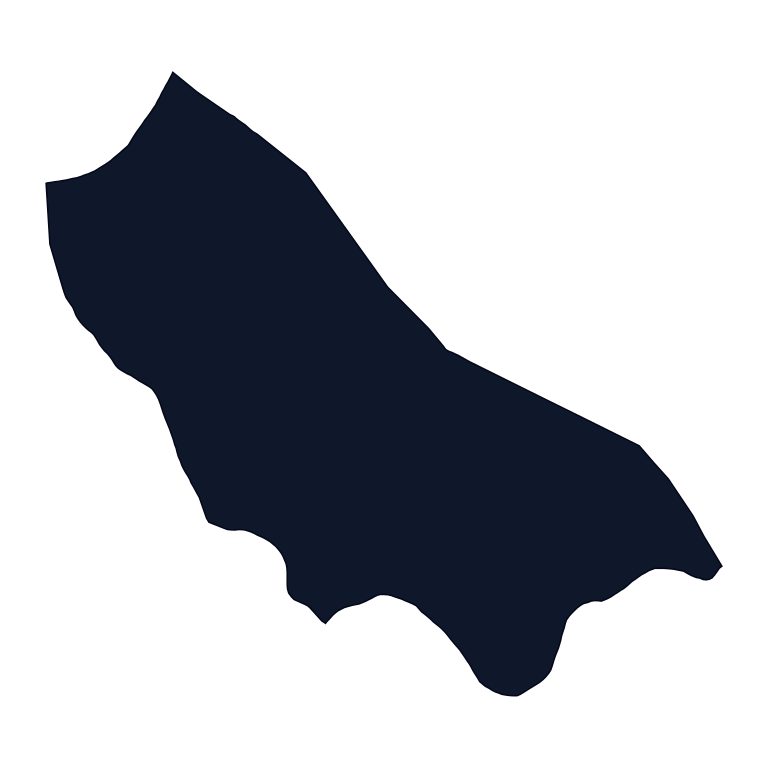 outline of Al Hasayn, Al Dali', Yemen
{"feature_id": "15242507B64520709980870", "entity_name": "Al Hasayn", "entity_type": "district", "adm_level": 2, "iso_a3": "YEM", "parent_name": "Yemen", "parent_adm1": "Al Dali'", "projection": "equal_earth", "projection_center": [44.813, 13.79], "detail": "fine", "context": "isolated", "style": "filled", "palette": "ink", "viewbox_px": 768, "rotation_deg": 0, "n_neighbors": 0, "source": "geoboundaries", "source_scale": "gbopen_adm2", "svg_char_len": 3903}
<svg xmlns="http://www.w3.org/2000/svg" viewBox="0 0 768 768"><path d="M721.9,566.2L703.9,536.3L693.0,515.8L668.4,479.0L653.5,462.4L639.2,445.8L584.2,418.5L548.7,401.0L469.5,361.7L458.1,355.3L455.2,354.0L452.1,352.5L448.9,351.4L445.8,349.6L445.4,349.1L443.4,346.3L428.6,328.5L410.3,310.0L387.7,287.2L305.8,172.8L257.1,134.1L253.1,131.8L250.3,129.6L247.8,127.3L245.0,124.8L242.3,123.0L239.1,120.8L236.1,118.5L234.2,116.6L229.6,114.4L204.5,97.2L196.6,91.7L172.8,72.3L171.5,75.2L169.6,78.8L167.8,82.3L165.9,85.4L164.0,89.2L161.8,92.9L160.0,96.9L157.4,101.4L155.7,105.0L153.5,108.1L151.5,111.2L149.4,114.2L147.1,117.4L144.7,120.4L142.8,123.4L140.6,126.5L138.2,129.8L136.0,132.9L133.3,137.1L131.0,140.9L128.4,145.3L125.9,147.6L122.6,150.4L120.0,152.8L116.8,155.5L113.8,157.9L110.9,160.6L107.8,162.8L105.1,164.6L100.8,167.2L98.0,169.0L94.6,171.1L91.5,172.4L88.5,173.8L84.9,174.9L81.2,176.4L76.5,177.9L73.2,178.4L69.8,179.2L66.0,180.1L61.9,180.7L58.8,181.3L54.6,181.8L51.2,182.4L47.4,182.9L46.1,183.3L49.9,244.2L62.9,288.4L64.4,293.1L66.0,297.4L68.1,300.6L70.4,303.9L72.8,307.3L74.4,311.0L75.9,315.0L77.7,318.2L80.4,322.0L82.9,324.9L85.9,327.9L88.6,330.3L91.2,332.2L93.7,334.6L95.7,337.7L97.8,341.2L99.6,344.5L102.2,347.9L104.5,350.8L107.4,353.5L109.6,356.2L111.9,359.3L113.8,362.5L115.8,365.6L118.4,368.3L121.3,370.3L124.4,372.1L127.7,374.0L130.8,375.3L133.5,377.1L136.3,378.9L139.5,381.1L142.7,382.8L145.5,384.5L148.8,386.4L151.9,388.6L154.1,391.4L156.6,395.2L158.6,399.2L160.5,404.3L161.8,408.3L163.1,412.4L165.1,417.9L167.3,423.3L169.5,428.7L171.0,433.0L172.4,436.8L173.7,440.7L174.7,444.5L176.2,448.4L177.2,452.6L178.5,456.9L180.5,461.3L181.7,464.9L183.5,468.7L185.5,472.3L187.7,475.7L189.6,479.0L191.1,482.8L193.1,486.1L195.0,489.6L197.0,493.3L199.3,497.4L206.5,518.1L209.0,522.3L224.5,528.4L227.5,529.5L231.5,529.9L234.8,530.0L238.1,529.6L241.3,529.6L244.6,529.9L247.6,530.8L250.9,531.9L254.5,533.5L257.4,535.1L260.4,536.4L263.5,537.8L266.7,539.6L270.2,541.7L272.8,543.9L275.7,546.3L278.5,549.5L280.9,552.6L283.1,556.4L284.6,560.0L286.2,563.9L286.9,567.9L287.2,572.3L287.2,576.8L287.2,580.8L287.2,584.8L287.5,588.8L288.7,593.1L291.5,596.9L294.1,599.5L305.0,604.4L307.7,605.8L309.9,607.7L321.9,621.0L325.0,623.0L325.5,623.4L326.4,622.1L329.9,618.4L332.8,615.1L335.4,612.8L338.0,610.8L341.2,609.1L344.4,607.5L348.1,606.4L353.0,605.1L356.2,604.5L359.2,603.9L362.1,602.7L365.7,601.2L368.6,599.7L371.9,598.1L374.8,596.4L377.7,595.1L380.7,594.4L384.6,594.5L387.7,594.7L391.0,595.4L394.5,596.7L397.5,597.7L401.8,599.1L405.0,600.6L409.0,602.2L413.0,604.0L416.4,605.8L419.0,608.8L421.7,611.9L424.6,614.1L427.2,616.2L430.6,619.1L433.5,622.0L436.3,624.2L439.2,626.5L441.7,628.7L444.8,631.9L447.3,634.8L449.5,637.7L451.7,640.4L454.5,643.8L457.2,646.9L459.8,649.9L461.9,653.0L464.4,656.6L466.6,660.0L469.2,663.7L471.1,666.9L472.9,670.4L475.2,674.2L477.7,678.0L479.7,681.6L482.4,683.9L485.0,686.1L489.8,688.7L492.5,690.5L495.6,692.0L498.6,693.0L501.7,694.3L505.7,695.0L509.6,695.5L512.7,695.7L517.1,695.7L520.1,694.4L523.3,692.5L526.6,690.4L529.6,688.5L533.2,686.3L536.8,684.1L539.6,682.3L542.6,679.9L545.2,677.4L548.5,673.5L550.7,670.1L552.1,666.1L553.4,661.7L554.9,657.0L556.6,652.6L558.4,648.1L559.6,644.1L560.7,640.3L561.6,635.8L563.0,631.4L564.2,627.7L565.2,623.6L566.4,620.0L568.9,616.4L571.5,613.4L574.1,610.8L577.1,607.9L580.7,605.2L583.6,603.5L587.9,602.4L591.1,601.1L594.4,600.6L598.3,600.7L601.3,601.1L604.2,600.0L607.3,598.7L611.1,596.7L614.0,594.7L617.8,592.3L620.7,590.3L623.6,588.6L626.5,586.3L629.2,583.9L632.1,581.3L635.1,579.3L638.4,576.9L641.5,574.7L645.3,572.7L649.0,570.5L652.0,569.4L654.9,568.3L658.0,568.3L662.8,568.3L666.5,568.5L670.2,568.8L673.2,569.1L676.4,569.7L680.3,570.5L683.5,571.1L688.3,573.9L691.6,575.6L696.3,577.5L699.5,578.0L703.1,579.5L706.2,579.8L709.2,579.3L712.1,577.8L714.6,574.9L717.2,571.3L719.2,568.3L721.9,566.2Z" fill="#0f172a" stroke="#020617" stroke-width="1.5"/></svg>